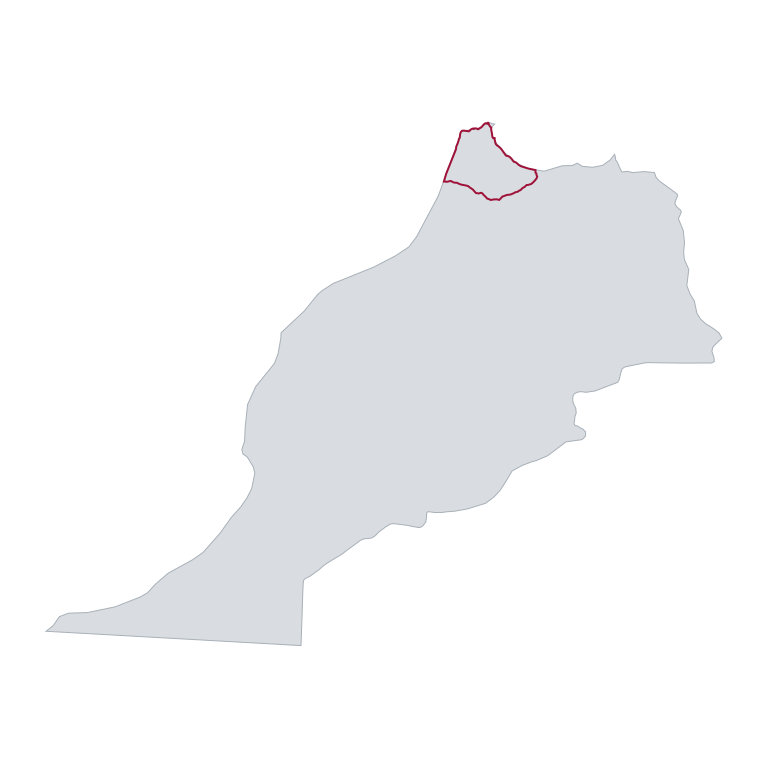 Tanger - Tétouan highlighted on a map of Morocco
{"feature_id": "MAR-1445", "entity_name": "Tanger - Tétouan", "entity_type": "Region", "adm_level": 1, "iso_a3": "MAR", "parent_name": "Morocco", "parent_adm1": "", "projection": "albers", "projection_center": [-5.386, 35.321], "detail": "fine", "context": "in_parent", "style": "outline", "palette": "rose", "viewbox_px": 768, "rotation_deg": 0, "n_neighbors": 0, "source": "natural_earth", "source_scale": "10m", "svg_char_len": 4023}
<svg xmlns="http://www.w3.org/2000/svg" viewBox="0 0 768 768"><path d="M53.5,625.3L59.4,616.6L68.5,613.2L87.1,612.6L114.9,606.9L140.2,597.0L147.4,592.9L155.3,584.3L168.3,573.1L192.0,560.1L202.9,552.6L219.9,533.4L231.3,517.4L240.6,507.1L247.0,497.9L251.7,488.5L254.8,473.2L253.4,467.1L247.2,456.9L242.9,454.0L241.9,449.3L244.6,441.2L245.2,427.1L247.6,404.5L255.7,386.6L274.4,363.5L278.1,353.8L280.8,338.2L281.1,332.7L304.0,311.3L317.4,294.8L322.0,290.7L333.5,283.3L373.3,267.3L395.7,255.7L408.8,247.0L416.6,236.7L438.3,195.9L459.4,138.2L461.1,131.6L470.3,129.7L476.7,128.9L481.9,126.8L488.4,122.4L494.6,124.2L491.5,127.1L491.5,134.2L495.9,142.6L503.6,151.9L517.6,163.8L528.5,168.5L544.1,171.2L562.2,165.8L572.3,165.5L577.2,163.2L582.6,166.4L592.9,167.3L602.7,165.3L610.0,160.1L614.6,154.3L615.4,157.1L615.7,160.1L617.2,161.9L620.3,169.1L621.9,172.0L627.6,171.3L632.6,172.6L643.7,171.6L654.4,172.5L656.0,177.2L659.2,180.9L670.5,189.1L677.3,194.2L677.5,196.1L675.6,200.5L674.8,203.6L676.6,206.7L680.8,210.5L681.2,212.3L680.3,214.5L678.4,218.7L683.3,230.8L684.5,242.6L683.7,251.1L683.9,256.0L684.6,260.1L688.8,269.5L686.8,285.4L690.0,294.0L694.3,300.8L696.9,313.2L700.4,319.0L705.9,324.0L708.9,325.6L714.9,329.7L719.2,333.1L721.9,338.3L716.9,342.9L712.9,347.0L711.9,351.3L714.1,358.0L714.2,361.7L711.6,363.0L700.7,363.0L692.1,363.1L682.3,363.1L668.4,362.9L659.8,362.8L648.0,362.6L644.0,363.0L633.2,365.2L625.7,366.7L624.4,367.2L622.1,368.9L620.5,373.9L619.2,379.7L617.7,382.3L594.9,391.0L586.0,392.3L580.7,391.6L577.0,392.3L573.9,394.1L572.8,396.8L572.7,400.2L573.5,403.7L575.8,408.4L576.2,413.2L574.9,416.6L574.6,420.0L574.0,423.7L575.2,425.7L577.4,425.9L579.7,427.6L582.9,429.1L585.6,431.9L585.5,436.0L583.4,438.4L581.5,439.7L572.8,440.9L565.9,441.9L557.0,448.7L547.5,455.8L536.2,460.6L531.2,462.0L522.5,465.3L512.1,470.9L506.9,479.8L500.4,490.0L494.1,496.9L485.5,503.3L477.5,505.8L467.4,508.9L454.6,511.2L445.6,511.9L442.9,512.4L434.9,512.5L431.0,512.0L428.1,511.7L427.0,512.4L426.6,514.0L426.4,517.7L425.8,521.9L423.2,525.4L421.4,526.9L419.3,527.6L412.6,526.5L407.0,525.3L393.7,523.6L391.1,523.9L390.1,524.3L385.9,526.7L379.3,531.6L374.9,536.0L371.6,538.0L363.8,538.9L360.4,540.4L345.7,551.2L342.5,553.8L327.3,563.0L323.0,566.1L319.6,569.2L310.4,576.0L304.6,578.9L303.5,580.8L303.1,585.1L302.7,594.7L302.4,603.9L302.0,617.4L301.5,630.8L301.0,645.6L46.1,631.3L53.5,625.3Z" fill="#d9dde1" stroke="#a8b0b8" stroke-width="1"/><path d="M488.3,122.8L488.8,124.2L489.4,125.5L490.2,126.7L491.3,127.7L491.1,128.7L491.3,130.3L492.0,133.6L492.3,136.2L492.5,137.0L492.8,137.6L493.2,138.1L493.5,138.1L494.4,138.0L494.7,138.1L494.7,138.4L494.6,139.4L494.7,139.8L495.5,143.2L496.1,144.5L497.2,145.5L499.4,147.1L501.2,148.9L505.6,155.1L506.4,155.8L507.7,156.0L508.7,156.3L509.7,157.0L511.4,158.6L512.9,160.7L513.8,161.7L516.1,162.5L519.0,165.1L521.1,166.3L528.5,168.6L535.5,170.1L535.5,170.5L535.5,172.7L536.4,173.5L536.5,175.0L537.2,176.5L536.6,178.3L535.1,180.3L533.2,182.3L531.2,184.0L529.3,184.6L527.7,185.0L526.7,185.0L525.7,185.8L524.9,186.7L522.5,188.1L520.4,190.2L519.3,190.5L518.0,191.6L515.3,192.3L513.3,193.4L510.6,194.5L506.8,195.0L502.4,196.6L499.3,199.9L496.7,199.3L493.1,199.5L490.9,200.0L489.3,199.3L487.2,198.6L485.6,196.8L483.5,194.8L482.3,193.3L481.0,192.8L478.6,193.5L477.5,193.2L476.0,193.1L472.7,189.4L469.7,187.4L468.3,186.2L466.4,185.6L461.3,184.6L459.1,183.9L457.1,182.8L455.2,182.7L453.6,182.4L452.4,181.9L451.0,181.0L449.9,181.1L447.2,181.8L444.1,181.5L443.9,181.5L446.2,173.7L455.8,149.7L456.1,148.5L456.2,146.9L456.5,146.0L457.6,143.5L458.7,140.1L458.8,139.5L458.9,138.9L459.6,138.0L459.8,137.3L460.1,134.3L460.5,132.9L461.0,131.9L462.0,130.8L463.8,130.6L468.5,131.3L469.1,131.2L470.5,129.8L471.2,129.3L472.1,128.8L473.1,128.5L473.7,128.9L474.6,128.4L475.9,128.4L477.1,128.7L478.0,129.3L481.0,127.5L481.9,126.7L483.7,124.5L484.7,123.7L485.8,123.2L486.2,123.2L486.4,123.4L487.1,123.8L487.5,123.8L487.7,123.3L487.9,122.8L488.0,122.7L488.3,122.8L488.3,122.8Z" fill="none" stroke="#9f1239" stroke-width="2"/></svg>